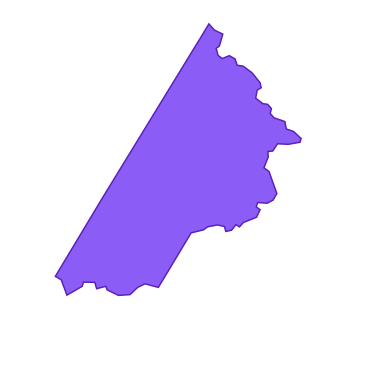 outline of Pitkin, Colorado, United States of America, rotated 301°
{"feature_id": "52423323B63555126894288", "entity_name": "Pitkin", "entity_type": "district", "adm_level": 2, "iso_a3": "USA", "parent_name": "United States of America", "parent_adm1": "Colorado", "projection": "mercator", "projection_center": [-106.839, 39.172], "detail": "fine", "context": "isolated", "style": "filled", "palette": "violet", "viewbox_px": 384, "rotation_deg": 301, "n_neighbors": 0, "source": "geoboundaries", "source_scale": "gbopen_adm2", "svg_char_len": 973}
<svg xmlns="http://www.w3.org/2000/svg" viewBox="0 0 384 384"><g transform="rotate(301 192 192)"><path d="M142.7,118.3L49.3,118.3L49.4,125.1L39.2,137.9L54.7,146.5L58.8,145.3L64.5,155.2L60.0,160.1L66.8,166.7L64.4,169.6L65.5,182.2L72.1,191.7L82.3,194.6L89.1,199.0L92.9,212.3L156.5,212.3L165.4,221.3L170.3,223.4L177.0,231.0L179.1,237.6L175.6,241.3L179.6,245.6L186.7,246.5L186.5,250.6L192.4,251.8L203.6,260.3L211.9,259.5L212.4,254.7L216.8,253.7L221.1,262.2L226.9,265.7L234.4,265.5L249.2,247.5L249.8,241.2L261.3,239.3L265.8,236.2L268.7,240.1L277.4,240.5L282.5,250.0L290.3,259.0L294.0,258.0L296.2,247.8L294.6,240.3L300.2,235.4L297.8,224.0L299.6,218.6L304.4,217.1L306.1,211.7L304.2,207.1L305.2,198.3L312.8,195.4L317.0,197.6L320.7,194.1L325.1,182.1L326.2,170.9L323.9,165.5L328.2,160.5L328.1,153.8L322.0,149.2L322.5,144.0L327.6,138.7L331.2,140.3L343.2,137.1L342.3,127.8L344.8,119.9L326.3,119.9L320.5,119.8L142.7,118.3Z" fill="#8b5cf6" stroke="#5b21b6" stroke-width="1.5"/></g></svg>